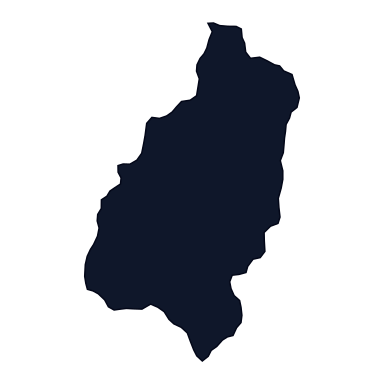 the district of Orizânia, Minas Gerais, Brazil
{"feature_id": "56859067B60676374353456", "entity_name": "Orizânia", "entity_type": "district", "adm_level": 2, "iso_a3": "BRA", "parent_name": "Brazil", "parent_adm1": "Minas Gerais", "projection": "natural_earth1", "projection_center": [-42.213, -20.512], "detail": "fine", "context": "isolated", "style": "filled", "palette": "ink", "viewbox_px": 384, "rotation_deg": 0, "n_neighbors": 0, "source": "geoboundaries", "source_scale": "gbopen_adm2", "svg_char_len": 1577}
<svg xmlns="http://www.w3.org/2000/svg" viewBox="0 0 384 384"><path d="M299.3,97.9L297.9,91.3L295.0,84.8L292.0,74.5L283.7,70.9L279.6,65.9L274.4,64.8L267.5,61.0L259.7,57.2L250.5,58.3L245.7,52.1L244.6,43.1L242.1,37.6L241.3,29.0L236.1,26.4L228.0,26.3L219.7,25.6L213.5,23.0L208.0,23.3L212.3,31.7L209.1,39.5L206.8,48.1L204.0,53.8L200.1,58.4L197.0,64.8L196.5,71.1L199.3,78.8L198.2,85.8L196.6,95.7L190.2,100.2L181.5,101.5L176.5,106.9L172.1,112.1L166.5,116.0L159.5,118.4L151.9,117.4L146.7,123.3L145.1,135.5L143.7,143.4L141.7,153.3L136.8,160.2L129.8,164.2L123.1,164.0L118.0,165.6L118.1,172.2L121.1,177.9L120.5,184.0L115.0,187.6L110.0,191.0L106.9,196.2L101.4,199.8L101.3,208.5L97.7,214.4L97.2,220.9L99.1,228.0L97.5,236.2L93.6,244.5L90.5,249.3L87.2,256.3L85.3,264.6L84.7,276.3L85.8,283.3L87.4,289.3L93.0,290.9L98.3,293.8L104.7,299.9L108.4,306.8L114.1,310.0L120.5,309.1L126.4,308.4L133.4,308.8L142.0,309.1L150.6,304.1L157.8,307.2L164.2,311.7L169.0,319.4L173.9,323.9L181.2,327.3L187.3,332.9L190.4,341.4L193.7,349.8L196.8,355.9L202.3,361.0L208.2,356.3L211.2,350.4L216.8,346.4L222.4,340.1L227.4,336.9L233.0,335.5L236.6,327.7L241.0,322.6L241.9,315.3L241.0,307.2L239.6,300.5L234.1,295.6L231.0,288.6L229.7,281.8L232.2,275.2L239.1,274.4L246.0,272.5L247.7,266.4L253.0,259.2L260.2,257.6L264.9,251.4L264.3,240.9L264.1,232.5L270.5,226.2L278.0,223.4L280.0,217.1L278.9,207.4L278.3,198.3L281.2,188.0L282.8,179.4L282.8,170.8L280.3,160.6L283.3,152.7L283.9,145.8L284.5,138.1L285.5,131.2L286.1,124.4L289.5,118.1L291.1,112.1L297.0,107.4L299.3,97.9Z" fill="#0f172a" stroke="#020617" stroke-width="1.5"/></svg>